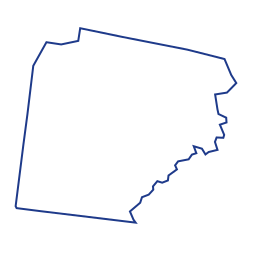 Clearfield, Pennsylvania, United States of America (Mercator projection), rotated 7°
{"feature_id": "52423323B589522588681", "entity_name": "Clearfield", "entity_type": "district", "adm_level": 2, "iso_a3": "USA", "parent_name": "United States of America", "parent_adm1": "Pennsylvania", "projection": "mercator", "projection_center": [-78.301, 40.989], "detail": "fine", "context": "isolated", "style": "outline", "palette": "blue", "viewbox_px": 256, "rotation_deg": 7, "n_neighbors": 0, "source": "geoboundaries", "source_scale": "gbopen_adm2", "svg_char_len": 740}
<svg xmlns="http://www.w3.org/2000/svg" viewBox="0 0 256 256"><g transform="rotate(7 128 128)"><path d="M177.3,43.0L111.4,38.3L68.4,34.8L68.0,47.6L51.5,53.2L36.6,52.8L26.4,77.8L26.5,126.5L26.2,157.4L26.0,219.3L27.2,221.1L50.8,221.2L147.1,221.0L144.6,218.3L140.1,210.6L149.2,200.7L150.3,195.0L156.7,191.6L160.6,186.1L159.9,182.9L163.6,177.2L168.6,178.1L174.0,175.2L174.0,170.2L181.6,163.1L179.3,159.3L181.8,155.0L192.0,151.7L194.7,146.6L198.9,144.7L195.5,138.1L203.9,139.5L208.1,144.8L211.0,142.0L219.5,138.8L216.0,131.2L217.1,126.6L223.8,126.1L224.3,123.1L218.8,113.5L225.1,110.5L224.2,105.8L216.1,103.1L214.5,98.5L210.4,84.1L221.9,80.8L230.0,70.2L224.0,62.8L215.4,47.8L177.3,43.0Z" fill="none" stroke="#1e3a8a" stroke-width="2"/></g></svg>